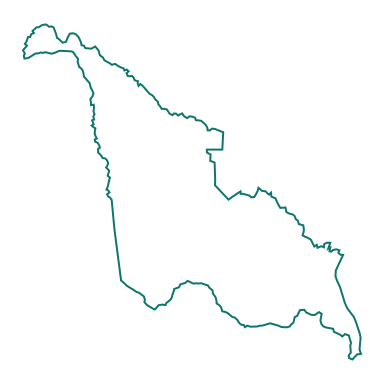 Venâncio Aires, Rio Grande do Sul, Brazil
{"feature_id": "56859067B17249233565131", "entity_name": "Venâncio Aires", "entity_type": "district", "adm_level": 2, "iso_a3": "BRA", "parent_name": "Brazil", "parent_adm1": "Rio Grande do Sul", "projection": "natural_earth1", "projection_center": [-52.217, -29.554], "detail": "fine", "context": "isolated", "style": "outline", "palette": "teal", "viewbox_px": 384, "rotation_deg": 0, "n_neighbors": 0, "source": "geoboundaries", "source_scale": "gbopen_adm2", "svg_char_len": 4236}
<svg xmlns="http://www.w3.org/2000/svg" viewBox="0 0 384 384"><path d="M343.1,254.9L340.7,254.8L338.3,252.8L339.4,250.3L336.3,249.3L332.8,250.1L331.4,251.6L329.5,251.3L330.3,247.6L328.2,248.7L330.3,242.8L326.9,242.7L324.2,244.1L323.9,247.3L321.2,246.2L317.5,247.8L316.7,244.8L314.3,246.5L310.8,239.6L307.4,237.6L304.8,236.6L302.6,235.3L303.5,232.4L303.9,229.9L303.3,225.3L298.9,224.1L297.8,220.6L295.7,219.0L294.7,216.1L292.6,214.4L289.6,213.7L286.5,212.2L285.4,207.5L280.3,207.9L278.5,204.9L277.1,202.2L275.5,198.4L271.4,196.6L271.0,192.7L269.1,194.6L267.5,193.4L265.6,191.3L262.0,190.9L258.5,187.8L257.6,191.0L256.1,194.0L254.3,197.0L251.2,197.3L249.4,195.6L246.3,194.7L243.1,193.9L240.7,193.8L240.5,191.4L238.7,192.6L236.4,194.1L232.5,196.7L228.5,199.6L215.0,185.3L215.2,180.2L214.6,162.5L210.2,160.8L210.6,154.5L206.9,152.5L206.9,149.6L222.3,149.6L223.2,132.2L217.4,130.0L215.1,129.0L212.0,128.6L210.0,130.4L207.7,130.4L207.2,127.3L205.5,124.6L201.1,120.8L198.4,120.4L195.9,120.2L195.2,117.8L192.3,116.6L189.5,116.4L187.1,118.1L184.2,116.4L182.2,113.4L180.3,114.1L178.2,115.6L175.9,113.6L174.0,113.5L172.5,115.1L169.7,113.8L166.8,109.4L164.3,108.8L161.7,108.9L160.2,106.5L158.3,104.2L157.8,101.6L155.3,99.5L153.7,96.7L151.8,95.0L149.4,93.6L147.3,91.2L144.4,87.8L142.4,85.6L140.3,84.0L138.6,85.9L137.7,83.6L138.0,81.3L134.6,80.2L133.6,77.6L132.0,75.9L130.0,76.3L127.8,76.0L126.5,73.2L128.6,71.4L126.8,69.6L124.3,70.4L123.5,68.3L120.7,67.4L117.7,65.7L115.1,63.9L111.8,64.8L109.8,63.3L106.2,61.3L104.4,60.3L103.0,57.6L99.9,55.2L98.4,50.2L96.8,48.4L95.2,46.5L91.2,48.7L85.3,48.1L83.9,45.6L81.6,45.3L80.8,41.9L78.6,37.2L75.9,34.3L73.5,33.3L69.9,33.6L68.1,36.7L65.9,41.9L62.7,42.7L58.8,39.0L57.0,37.9L56.2,34.3L53.7,27.6L51.6,26.4L49.2,26.8L46.3,24.5L43.7,24.7L41.5,25.4L38.8,27.2L36.6,27.3L35.1,28.7L32.5,31.0L33.9,33.0L31.3,34.1L30.1,37.0L28.1,36.9L26.5,41.5L24.9,44.0L27.0,45.6L23.0,50.3L24.9,53.7L23.8,55.6L24.4,58.5L28.0,58.1L30.7,56.5L32.8,55.2L35.2,53.6L38.4,53.3L40.9,52.5L43.0,52.9L45.2,52.2L47.8,52.8L51.4,53.7L54.6,52.9L59.3,50.8L70.7,51.3L72.8,51.8L74.3,53.7L75.8,56.1L78.0,58.7L77.7,62.0L78.4,64.3L79.2,67.0L81.2,68.4L82.7,70.6L83.5,73.2L83.9,76.6L85.5,78.3L87.4,80.6L89.7,83.2L90.3,86.1L91.1,88.4L92.3,90.5L93.5,93.4L92.3,96.7L90.4,99.0L90.9,102.3L91.0,105.1L93.7,104.7L94.0,107.8L93.5,111.6L94.5,114.1L93.3,116.6L94.1,119.5L92.1,120.3L93.6,124.4L91.7,125.6L93.6,127.3L95.4,128.3L94.9,130.8L94.7,133.3L95.3,135.6L96.8,138.5L94.8,139.5L95.2,141.8L97.6,142.7L99.2,145.2L99.9,147.8L98.1,148.9L98.2,152.6L101.0,155.3L102.7,158.1L105.4,158.5L107.0,160.3L108.2,163.2L107.4,165.4L106.1,167.5L107.6,168.9L109.2,170.9L108.4,173.4L107.7,175.8L110.0,177.6L109.2,180.0L108.4,183.8L107.5,187.4L106.5,189.6L108.3,190.5L109.5,192.4L107.1,194.2L108.1,196.4L110.1,197.6L111.7,200.0L111.9,202.4L114.5,229.9L121.1,280.6L123.3,282.3L125.1,284.0L126.6,285.6L128.8,287.0L133.1,289.6L136.8,292.1L139.1,292.7L141.0,294.3L143.9,296.4L144.9,299.8L144.4,302.1L146.0,304.0L147.5,305.4L149.9,306.8L153.1,308.7L154.9,309.5L158.6,305.2L162.5,304.6L165.5,305.1L166.3,303.0L168.0,301.7L170.9,299.3L171.9,297.0L172.6,294.1L173.7,291.4L174.2,289.0L178.9,287.3L180.5,284.3L182.6,283.7L185.4,282.9L187.4,281.0L189.5,281.6L191.3,282.7L193.7,283.6L195.9,283.3L198.7,283.5L201.4,283.2L204.0,284.2L207.9,285.4L209.4,287.8L212.5,290.3L212.9,293.5L214.4,295.5L215.6,297.3L216.3,299.9L216.7,303.5L219.5,305.3L221.1,307.4L222.3,311.3L225.2,311.9L227.4,312.9L229.8,314.8L232.2,316.9L234.7,317.5L237.3,319.9L239.4,323.2L241.5,324.8L243.7,325.0L244.9,327.2L247.0,325.7L250.7,326.7L257.1,326.5L259.4,325.8L262.7,325.5L270.1,323.3L278.3,325.6L281.3,327.0L286.7,327.3L289.7,326.5L290.9,324.7L293.4,322.7L294.7,317.1L297.2,315.9L298.2,313.6L300.0,310.1L304.3,309.8L306.1,312.3L311.0,314.8L314.8,315.0L319.0,312.1L321.7,313.9L320.8,318.1L320.5,320.8L321.5,324.2L323.1,326.2L325.7,327.4L333.2,328.8L333.9,331.8L339.4,334.3L342.4,336.4L344.9,334.1L348.9,335.5L349.6,338.4L351.0,342.8L350.3,345.7L350.8,352.6L348.7,355.6L349.0,358.0L352.3,359.5L357.1,354.4L361.0,353.9L359.5,349.6L360.6,337.7L359.8,333.7L356.0,322.3L353.9,317.0L347.3,308.4L344.5,302.0L343.2,297.4L339.9,286.8L337.0,280.7L335.5,276.3L335.8,270.5L343.1,254.9Z" fill="none" stroke="#0f766e" stroke-width="2"/></svg>